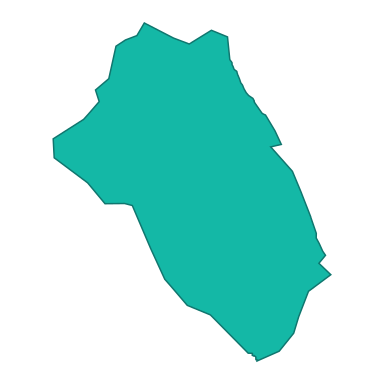 the district of Gurvanbulag, Bulgan, Mongolia
{"feature_id": "93677404B1659658679068", "entity_name": "Gurvanbulag", "entity_type": "district", "adm_level": 2, "iso_a3": "MNG", "parent_name": "Mongolia", "parent_adm1": "Bulgan", "projection": "albers", "projection_center": [103.52, 47.744], "detail": "fine", "context": "isolated", "style": "filled", "palette": "teal", "viewbox_px": 384, "rotation_deg": 0, "n_neighbors": 0, "source": "geoboundaries", "source_scale": "gbopen_adm2", "svg_char_len": 1691}
<svg xmlns="http://www.w3.org/2000/svg" viewBox="0 0 384 384"><path d="M281.3,144.4L275.0,130.9L265.5,115.0L263.6,114.2L262.0,113.2L255.3,103.6L254.1,101.7L254.3,101.3L254.2,100.8L253.6,99.7L252.9,98.4L248.6,95.5L246.2,92.7L244.0,88.8L243.2,86.9L242.8,85.8L242.3,84.8L241.6,83.9L240.8,82.9L239.8,79.9L239.2,78.2L238.8,77.4L238.6,76.9L238.5,76.6L238.3,75.9L238.1,75.7L237.9,75.3L237.8,75.1L237.4,73.7L237.1,72.8L236.8,71.4L236.2,70.9L235.4,70.4L234.7,69.8L234.3,69.5L233.7,68.5L233.5,67.6L233.2,67.1L233.1,66.5L232.9,66.1L232.6,65.7L232.0,64.4L232.0,64.0L232.1,63.0L231.8,62.4L231.4,61.7L231.1,61.3L230.6,60.8L230.3,60.3L229.8,59.6L227.5,36.9L217.3,32.7L211.4,30.3L189.2,44.0L173.6,38.1L144.3,23.0L136.9,35.6L125.4,40.0L116.0,46.2L108.8,78.7L95.5,90.0L99.2,101.6L88.3,114.2L83.6,119.4L53.2,138.8L54.2,157.8L87.6,182.8L92.2,188.3L96.6,193.6L105.0,203.7L124.6,203.5L132.3,205.5L150.7,248.6L164.8,279.3L170.7,286.0L176.7,293.0L187.3,305.4L210.4,314.9L248.2,353.2L249.2,353.2L252.1,353.3L252.3,353.5L252.5,353.8L252.6,354.1L252.6,354.3L252.5,354.5L252.2,354.8L252.1,355.0L252.3,355.2L252.7,355.4L253.0,355.7L253.3,355.9L253.5,356.0L253.9,356.0L254.1,355.8L254.3,355.7L254.4,355.8L254.5,356.0L254.8,356.2L255.0,356.3L255.3,356.5L255.5,356.6L255.8,357.0L255.9,357.7L255.8,358.0L255.9,358.7L255.9,359.5L256.0,359.7L256.1,359.8L256.3,359.8L256.6,359.7L256.9,359.7L257.0,359.7L257.1,359.9L257.1,360.1L257.0,360.6L257.0,361.0L279.2,351.2L293.7,333.2L298.7,316.7L308.5,291.3L330.8,274.7L318.9,263.3L325.5,255.3L322.7,251.2L319.2,243.5L316.2,238.0L316.3,233.4L310.7,217.1L310.7,216.8L301.4,193.0L301.4,192.9L292.4,171.3L270.7,146.9L281.3,144.4Z" fill="#14b8a6" stroke="#0f766e" stroke-width="1.5"/></svg>